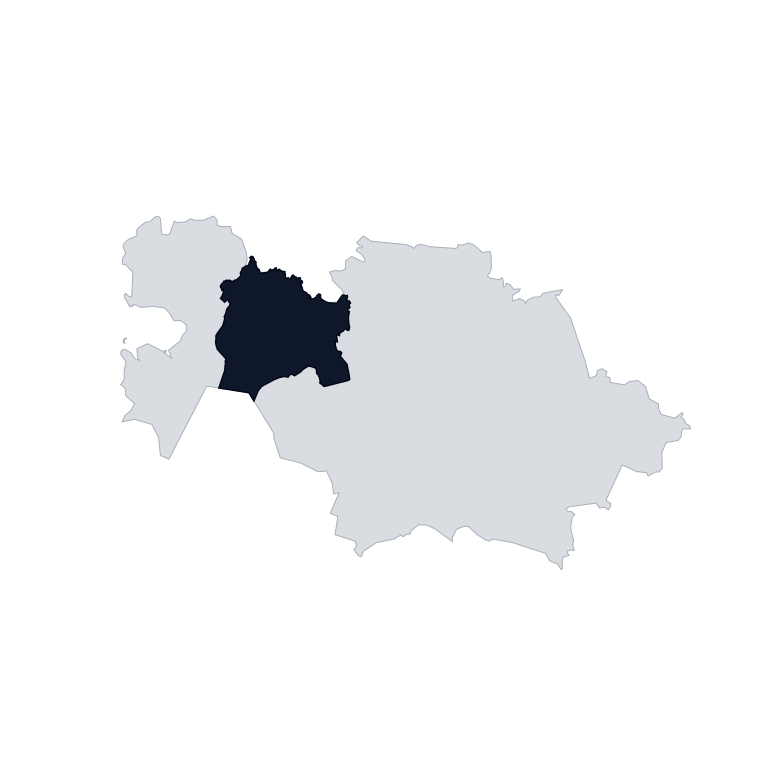 Aqtöbe highlighted on a map of Kazakhstan, rotated 26°
{"feature_id": "KAZ-3195", "entity_name": "Aqtöbe", "entity_type": "Region", "adm_level": 1, "iso_a3": "KAZ", "parent_name": "Kazakhstan", "parent_adm1": "", "projection": "albers", "projection_center": [57.897, 48.229], "detail": "fine", "context": "in_parent", "style": "filled", "palette": "ink", "viewbox_px": 768, "rotation_deg": 26, "n_neighbors": 0, "source": "natural_earth", "source_scale": "10m", "svg_char_len": 8815}
<svg xmlns="http://www.w3.org/2000/svg" viewBox="0 0 768 768"><g transform="rotate(26 384 384)"><path d="M473.5,507.1L470.0,509.5L468.3,512.8L465.4,512.3L461.0,518.9L446.6,530.0L438.7,543.6L439.3,549.2L436.6,549.6L429.8,546.3L430.2,541.3L426.8,537.9L406.1,540.9L400.5,523.1L392.3,523.8L391.4,501.7L386.8,504.7L380.8,495.6L370.3,487.4L363.1,491.8L342.8,491.6L323.2,495.9L309.0,481.3L306.3,476.4L266.6,451.2L225.6,463.5L223.6,545.9L214.3,546.2L205.0,530.9L193.1,522.1L175.1,525.2L165.1,532.8L165.1,525.6L168.2,518.5L168.4,511.0L157.0,507.7L152.9,500.9L147.7,500.1L148.4,493.2L145.0,486.9L142.1,476.7L134.4,472.9L133.4,469.8L134.4,467.2L136.3,466.4L143.5,467.0L148.3,470.3L154.2,470.1L150.7,467.8L146.5,460.6L153.8,451.4L169.8,451.6L181.9,454.0L175.5,448.2L182.1,434.7L181.4,428.2L183.3,424.0L182.0,419.7L179.8,417.3L173.2,416.1L167.6,419.3L160.0,414.2L153.5,411.8L141.4,415.9L132.6,421.4L124.1,422.2L124.0,424.7L122.9,424.0L121.6,425.0L121.9,426.1L112.9,419.9L111.6,417.8L111.9,415.9L117.4,417.3L118.8,415.8L109.3,393.5L99.3,390.0L96.3,391.0L94.0,386.0L94.4,379.6L89.0,374.7L88.8,371.0L90.9,366.1L96.9,359.1L94.2,353.8L95.0,350.8L98.5,343.3L102.7,340.5L104.6,334.6L107.5,332.1L110.3,333.0L117.9,345.8L119.2,346.6L124.1,345.0L125.6,343.2L124.1,329.4L126.6,330.0L134.6,325.3L137.6,320.3L142.3,319.8L149.6,316.2L157.2,307.7L162.2,310.0L164.4,314.1L168.1,314.2L177.0,309.8L181.5,315.3L192.3,316.0L203.0,326.5L206.7,332.5L207.3,337.0L208.4,338.1L209.9,335.4L208.7,328.9L210.1,327.5L220.0,335.6L224.6,337.6L229.9,334.8L231.3,331.9L236.3,328.1L238.1,329.0L243.7,327.2L249.7,331.2L252.7,330.4L255.4,326.7L262.7,327.3L270.3,335.5L278.4,337.0L279.5,339.9L283.6,337.8L286.9,331.6L292.2,335.3L299.6,334.7L305.8,330.7L308.2,322.3L307.7,320.2L304.9,317.7L292.1,313.5L290.9,310.8L285.8,307.3L291.2,302.8L294.6,302.2L298.9,297.8L295.6,290.3L299.0,283.5L311.6,283.6L313.0,282.1L312.0,279.9L307.1,277.4L300.8,276.4L300.2,275.3L301.0,272.8L305.1,270.9L304.2,269.7L301.2,270.4L297.5,269.0L300.5,260.0L309.8,261.2L342.6,249.1L348.7,248.3L351.0,249.3L352.5,245.2L355.4,242.5L365.1,240.5L389.3,230.6L390.2,228.8L389.4,226.5L393.3,224.9L398.5,220.0L405.2,219.8L414.7,222.7L421.3,218.4L424.1,221.9L429.7,232.9L430.2,238.2L429.3,240.7L430.0,241.7L433.4,242.3L441.9,239.7L443.7,236.6L447.2,240.6L448.7,244.4L450.3,242.9L449.6,240.8L450.2,239.7L454.1,239.6L458.9,242.0L464.8,238.9L464.9,241.4L461.0,247.3L461.2,249.8L463.5,252.8L468.6,247.7L473.5,247.7L475.7,249.3L476.3,245.5L480.4,240.5L485.1,237.8L486.8,235.7L486.9,232.9L503.1,220.9L502.3,227.9L499.3,228.5L500.8,231.1L522.8,242.9L554.8,275.4L566.4,288.9L571.2,283.4L570.0,278.2L573.2,274.7L579.1,275.2L579.9,280.3L584.2,279.2L586.8,283.5L600.8,279.2L603.2,274.5L610.5,269.6L620.0,271.6L629.1,281.1L639.5,281.6L641.0,285.1L646.3,289.8L660.2,287.3L664.6,278.9L666.0,280.3L665.7,283.6L668.9,284.2L673.1,287.4L676.9,287.6L679.2,289.8L672.4,293.4L672.3,296.1L674.1,301.3L673.2,305.7L663.2,313.0L663.8,324.1L670.9,337.3L669.9,342.3L666.5,344.2L661.7,350.9L658.9,348.6L649.5,352.0L633.6,352.3L634.4,389.8L635.1,391.4L640.1,392.0L641.2,394.7L640.9,398.8L636.4,398.1L631.9,400.9L626.8,398.1L604.3,413.1L602.2,416.6L604.7,417.9L608.6,416.5L612.6,417.4L611.7,421.5L614.7,431.3L622.8,441.4L624.7,446.8L627.5,449.4L627.4,450.8L625.1,450.9L622.1,453.8L622.4,455.3L625.5,456.7L621.1,461.3L621.1,463.9L625.2,471.8L624.7,473.0L618.6,469.6L610.3,470.4L603.7,465.4L568.4,470.3L550.1,475.6L547.5,479.1L543.0,479.6L533.5,478.5L522.4,475.0L518.4,476.8L513.0,482.4L512.6,491.8L514.6,495.6L493.3,491.9L484.6,492.0L476.7,495.5L472.3,505.2L473.5,507.1ZM133.2,460.9L131.8,461.3L130.4,458.7L131.1,456.4L132.6,455.7L131.1,458.5L133.2,460.9ZM173.8,451.7L172.5,451.3L171.9,450.2L173.6,449.3L173.8,451.7Z" fill="#d9dde1" stroke="#a8b0b8" stroke-width="1"/><path d="M274.5,456.3L273.1,455.4L271.1,454.1L269.6,453.1L268.6,452.4L268.2,452.2L267.0,451.4L266.6,451.2L266.2,451.2L264.9,451.5L264.0,451.8L263.0,452.1L262.1,452.4L261.1,452.7L260.2,452.9L259.3,453.2L258.4,453.5L257.5,453.8L255.5,454.4L253.5,455.0L251.5,455.6L249.6,456.2L248.1,456.6L246.6,457.1L245.1,457.6L243.6,458.0L242.1,458.5L240.6,459.0L239.1,459.4L237.6,459.9L237.3,460.0L237.3,459.9L235.0,442.1L234.0,439.2L233.2,437.6L232.9,436.2L232.6,435.0L231.3,433.1L231.0,430.7L219.1,425.9L216.1,422.8L214.2,419.9L213.0,416.4L211.8,414.5L212.0,411.3L213.4,403.4L213.3,400.8L212.2,395.1L210.8,393.3L210.9,390.9L210.5,388.1L209.9,385.7L210.4,382.9L210.8,382.4L210.9,381.2L210.3,378.6L209.0,378.5L208.3,377.9L207.9,377.1L207.0,376.9L206.4,377.3L205.7,378.3L204.9,380.3L199.5,378.7L199.8,378.0L199.7,376.8L199.8,374.7L199.5,372.2L198.5,369.4L197.4,370.9L196.8,370.5L196.8,369.8L195.1,368.9L194.1,367.9L194.2,365.5L195.1,363.0L195.1,361.6L195.8,361.5L196.5,360.2L197.3,359.6L199.0,359.2L199.5,358.4L200.3,358.4L202.0,358.6L203.7,357.9L203.8,356.9L204.4,356.1L205.4,355.4L206.2,354.3L206.5,353.0L207.2,351.7L207.4,350.8L207.8,349.5L207.5,348.6L206.8,348.1L206.1,346.7L206.4,344.3L205.9,342.0L206.9,341.0L207.2,339.9L208.3,338.2L208.9,338.0L209.8,337.3L210.2,336.7L210.2,336.0L209.8,334.3L209.8,333.8L210.0,333.0L210.0,332.5L209.9,332.4L209.7,332.1L209.7,331.8L210.0,331.4L210.1,331.2L209.9,330.3L209.2,329.8L208.4,329.5L208.0,329.3L208.2,329.1L208.5,328.9L208.7,328.7L208.4,327.9L208.6,327.6L208.8,327.5L210.1,327.1L210.4,327.1L210.7,327.2L211.0,327.4L211.6,328.0L212.5,328.5L212.7,328.8L213.1,329.4L213.6,329.9L215.7,330.6L215.9,331.1L215.9,332.0L216.2,332.5L219.2,335.6L219.6,335.9L219.8,336.0L220.1,335.9L220.8,335.8L221.2,335.8L221.5,335.9L221.9,336.1L222.1,336.5L222.2,336.9L222.3,337.2L222.9,337.5L223.2,337.7L223.6,338.4L224.2,338.8L224.7,338.6L225.7,337.6L228.2,336.3L230.3,334.6L230.6,334.1L231.2,331.4L231.4,330.9L231.5,330.6L232.9,331.1L233.3,331.2L233.7,331.1L234.0,330.8L234.1,330.5L234.3,329.7L234.5,329.4L235.2,329.4L235.4,329.1L235.4,328.7L235.3,328.1L235.3,327.8L235.4,327.5L235.7,327.2L236.1,326.9L236.5,327.0L237.8,328.9L238.0,329.0L239.1,329.3L239.3,329.2L239.3,328.6L239.0,327.9L239.0,327.5L239.2,327.2L239.5,327.0L239.8,326.8L240.1,326.8L240.3,326.9L240.9,327.3L241.2,327.5L241.6,327.5L242.0,327.3L242.3,327.2L242.7,327.1L243.9,327.2L244.5,327.1L245.5,326.5L245.7,326.4L245.9,326.6L246.1,327.0L246.2,327.9L246.3,328.3L246.5,328.4L246.8,328.5L247.1,328.5L247.4,328.7L247.6,329.1L247.7,329.5L247.9,330.3L248.0,330.6L248.2,331.0L248.5,331.3L249.4,331.8L249.7,331.9L250.1,331.9L250.4,331.7L250.7,331.4L250.8,331.0L251.0,330.7L251.4,330.5L251.9,330.6L253.2,331.0L253.7,330.8L253.9,330.1L253.9,329.4L253.8,327.9L253.9,327.0L254.2,326.5L254.4,326.0L254.8,325.9L255.4,326.3L255.6,326.4L256.4,326.4L256.6,326.5L256.9,326.9L257.1,327.0L257.5,326.7L258.7,326.5L258.8,326.5L258.9,326.8L258.9,327.0L259.3,327.2L259.6,327.4L260.0,327.5L260.4,327.2L260.5,326.8L260.6,326.3L260.8,325.9L261.1,325.8L261.4,325.7L262.0,325.3L262.2,325.5L262.7,326.0L262.8,326.2L262.9,326.6L262.9,326.9L263.0,327.1L263.3,327.3L265.0,327.3L265.6,327.6L266.1,328.1L266.2,329.1L266.1,329.5L266.0,329.8L265.8,330.1L265.5,330.4L265.4,330.7L265.5,331.1L265.6,331.5L265.8,331.7L266.1,331.8L266.8,331.7L266.9,332.0L266.8,332.8L266.9,333.1L267.1,333.4L267.5,333.4L267.9,333.3L268.3,333.3L268.6,333.5L268.8,334.3L269.0,334.5L269.2,334.8L270.3,335.6L270.9,335.9L274.8,336.1L275.1,336.2L275.3,336.5L275.5,336.9L275.6,337.1L275.9,337.2L276.1,337.2L277.5,336.8L278.2,336.8L278.8,337.2L279.1,337.5L279.8,337.8L280.0,337.9L280.0,338.5L279.6,338.7L278.8,338.6L278.4,338.9L278.4,339.2L278.7,339.6L279.5,340.3L279.9,340.1L280.4,339.6L280.9,339.1L281.6,339.0L282.4,339.0L283.1,338.9L283.6,338.2L284.2,336.8L284.4,336.5L284.8,336.0L285.0,335.7L285.0,335.3L284.9,334.5L284.9,334.1L285.0,333.7L285.6,332.2L285.8,331.8L286.4,331.6L287.3,331.5L288.0,331.7L288.3,332.6L288.3,333.4L288.7,334.0L289.2,334.5L289.7,334.9L290.5,335.3L296.5,335.8L297.9,335.5L301.8,334.0L305.6,332.5L306.1,332.0L306.4,331.3L306.5,330.4L306.7,328.3L306.8,327.7L307.3,323.9L307.5,322.9L307.9,322.2L308.5,321.8L309.3,321.6L309.0,321.5L309.4,321.5L311.4,321.3L312.2,320.6L313.0,321.8L313.2,323.0L313.6,324.3L314.7,325.7L316.4,324.6L318.4,326.0L318.0,326.7L317.8,328.2L319.8,330.2L318.9,332.4L319.1,333.7L319.7,334.2L321.1,334.1L322.6,339.3L325.2,344.1L328.3,348.3L328.8,351.2L327.5,351.8L326.0,351.1L324.5,352.4L323.9,354.8L322.6,356.3L322.0,358.3L322.7,360.0L320.8,360.1L320.2,360.9L320.5,361.9L323.6,366.6L322.1,366.9L320.6,367.7L322.0,368.1L323.2,370.6L326.7,374.3L329.0,374.8L330.2,373.9L332.1,374.3L332.6,375.9L332.3,378.1L342.1,382.5L347.2,389.2L350.5,393.8L351.2,395.1L349.9,396.8L331.7,412.2L330.4,412.4L328.6,411.6L327.1,411.5L325.7,411.1L325.9,410.1L323.4,406.8L321.0,404.7L319.2,404.2L316.1,399.7L311.8,400.0L308.1,401.1L305.0,405.9L303.7,409.7L300.1,415.7L296.6,415.6L295.2,417.1L294.8,419.9L291.1,420.9L287.4,423.8L283.6,427.9L275.2,439.6L273.9,445.2L274.5,456.3Z" fill="#0f172a" stroke="#020617" stroke-width="1.5"/></g></svg>